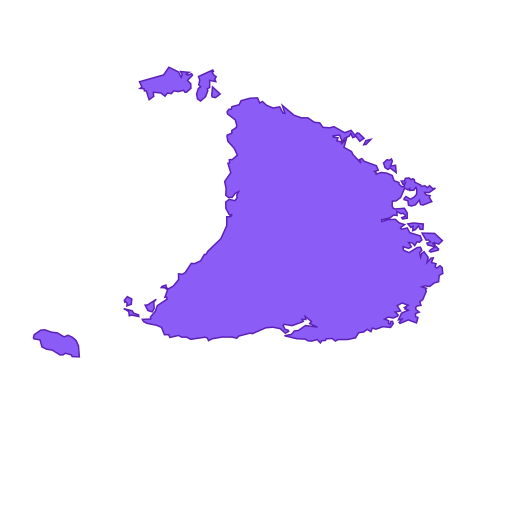 the State of Tasmania, rotated 290°
{"feature_id": "AUS-2660", "entity_name": "Tasmania", "entity_type": "State", "adm_level": 1, "iso_a3": "AUS", "parent_name": "Australia", "parent_adm1": "", "projection": "equal_earth", "projection_center": [146.795, -41.606], "detail": "fine", "context": "isolated", "style": "filled", "palette": "violet", "viewbox_px": 512, "rotation_deg": 290, "n_neighbors": 0, "source": "natural_earth", "source_scale": "10m", "svg_char_len": 6157}
<svg xmlns="http://www.w3.org/2000/svg" viewBox="0 0 512 512"><g transform="rotate(290 256 256)"><path d="M381.1,401.4L374.8,397.0L373.4,392.7L371.6,394.9L372.3,399.0L370.3,398.9L367.2,402.6L361.0,395.5L360.7,393.0L364.3,390.4L358.6,388.3L356.1,384.9L355.9,381.9L359.9,379.8L359.6,375.8L360.6,375.5L363.2,376.5L362.2,381.6L365.3,384.4L368.9,385.8L373.7,384.2L375.2,382.8L371.8,381.8L370.1,377.9L371.9,377.3L370.1,376.2L370.6,372.5L360.4,371.9L355.8,368.9L354.1,365.4L349.9,366.7L347.9,368.3L347.8,370.7L351.6,379.1L348.3,383.3L343.2,385.2L340.9,381.0L341.9,379.8L344.4,382.8L345.5,382.1L346.5,379.2L345.3,377.9L346.0,373.1L342.3,374.7L341.5,371.3L337.7,368.9L333.0,361.6L331.4,362.6L335.4,367.6L338.1,374.5L336.1,379.2L336.3,384.9L332.1,382.1L330.9,383.5L334.1,388.5L330.5,392.5L331.1,403.5L327.8,406.4L324.8,404.9L324.4,402.4L320.0,401.6L321.7,398.5L320.9,394.8L317.8,398.9L315.4,396.9L315.0,391.0L311.9,392.7L311.5,398.7L319.2,404.7L320.5,407.5L318.1,409.9L315.0,408.6L311.2,411.1L315.2,410.8L317.5,412.5L313.5,418.3L308.4,418.9L313.8,421.2L314.9,423.2L309.9,423.1L310.3,427.9L307.1,427.9L306.6,430.2L309.8,432.2L308.8,434.9L303.4,437.5L300.5,434.8L294.2,436.4L291.8,432.8L286.8,429.7L285.6,424.6L283.7,422.4L284.0,427.3L282.6,426.7L281.0,428.1L271.8,427.6L269.2,425.5L266.0,427.9L264.1,424.4L262.4,423.7L260.5,424.4L259.1,428.6L256.5,425.6L253.6,426.7L253.6,429.2L248.0,429.7L248.0,420.9L241.9,414.4L242.5,413.2L246.6,414.7L244.7,411.7L252.1,412.3L257.2,417.7L257.2,414.1L258.6,414.7L258.5,413.2L261.8,415.9L261.8,409.3L257.6,405.6L253.8,410.7L250.9,406.0L249.2,409.8L248.0,409.7L244.6,406.1L243.8,401.1L240.7,398.4L240.6,402.9L238.1,403.5L237.5,405.2L240.7,405.1L241.3,406.6L239.4,408.1L234.9,406.9L233.0,399.5L228.3,393.8L228.0,389.9L224.2,389.9L225.1,385.5L221.5,383.3L219.0,378.7L213.1,377.5L208.9,370.8L205.4,361.5L203.2,359.7L204.5,355.9L202.2,350.3L200.3,350.1L199.0,346.8L196.3,346.2L198.4,342.2L195.0,337.3L194.1,333.8L194.7,330.7L192.2,322.5L190.8,310.0L194.4,316.1L198.7,317.7L200.5,321.3L207.6,326.3L210.2,338.1L210.8,329.5L213.4,330.5L216.0,322.9L213.4,324.6L212.2,320.9L210.8,322.8L209.5,321.6L202.9,313.7L201.4,305.7L199.9,305.3L197.1,308.3L197.2,311.8L196.3,312.5L193.5,310.0L196.0,303.6L194.9,296.3L191.8,289.6L181.8,279.2L181.5,276.8L174.8,267.1L172.1,266.1L171.7,261.5L168.3,252.0L163.3,243.2L160.2,240.3L162.4,238.3L162.3,235.9L155.4,223.2L156.0,218.3L154.3,214.0L154.8,210.4L150.0,202.9L152.2,200.9L150.7,196.9L156.6,191.6L156.9,186.2L155.4,176.6L156.0,172.7L157.6,170.9L160.7,178.6L162.6,177.7L169.6,180.3L175.7,180.3L185.0,187.2L186.9,185.9L186.0,184.5L194.0,184.5L194.9,181.0L193.9,177.7L195.2,178.0L197.9,181.2L195.4,182.9L195.3,185.0L199.6,188.7L207.3,191.3L212.8,189.3L213.5,192.9L216.1,195.1L226.9,197.7L227.9,201.0L232.5,205.6L239.7,206.9L240.4,208.5L244.0,209.1L260.2,217.1L274.5,218.1L282.9,215.1L284.0,218.3L285.6,219.4L286.6,218.9L285.4,217.6L286.0,216.4L290.3,211.5L296.4,209.1L300.0,211.4L300.8,217.3L304.4,218.3L306.5,217.1L310.5,217.6L307.6,214.9L302.9,213.6L301.6,210.0L302.8,206.8L309.3,204.8L315.2,201.1L325.7,203.8L333.5,197.9L334.2,199.4L337.4,198.0L338.5,200.7L344.4,204.0L349.6,198.9L354.2,190.3L358.6,187.8L359.8,187.6L363.1,191.3L365.6,190.3L370.1,193.6L372.2,193.2L376.8,190.0L379.7,180.8L381.5,179.5L384.6,180.4L385.5,182.5L388.1,182.3L392.4,188.4L396.9,188.9L402.2,196.3L405.1,203.4L401.0,207.2L403.4,209.1L401.2,214.4L400.9,221.4L404.3,227.3L399.6,232.4L399.9,234.3L406.5,229.3L401.3,243.5L401.3,251.2L403.6,257.5L401.6,264.9L402.9,270.4L399.8,274.8L401.6,281.2L404.2,285.1L402.2,297.1L406.6,302.4L403.3,307.7L406.3,309.0L406.5,310.7L403.6,317.3L399.3,314.3L402.6,309.1L400.3,306.4L403.6,303.2L400.5,302.6L397.3,299.3L392.9,297.8L398.3,293.2L395.3,287.4L394.2,287.9L395.1,292.7L391.9,292.5L392.4,296.6L390.8,298.1L396.6,300.9L388.2,301.5L386.8,310.1L384.4,312.5L379.3,322.8L382.0,320.3L383.8,322.1L382.0,325.2L382.0,338.2L378.4,341.6L375.9,338.5L375.5,340.3L374.0,340.9L377.3,345.0L378.6,350.4L378.3,356.4L374.0,360.0L373.9,365.2L372.5,365.8L370.9,369.3L371.8,371.3L375.7,371.3L373.4,369.8L376.1,366.9L377.3,369.9L380.1,369.8L381.7,373.1L380.8,375.5L382.2,376.8L382.0,378.5L379.6,380.1L379.0,386.5L377.9,387.6L379.8,390.6L378.8,393.6L381.5,395.1L379.7,399.0L381.1,401.4ZM383.9,126.7L383.1,122.3L379.6,120.9L378.9,117.1L375.0,115.8L376.7,110.9L374.8,103.5L371.0,105.3L366.3,102.1L373.6,96.5L373.0,94.7L374.9,93.4L373.8,89.7L375.8,91.0L379.9,86.9L394.5,107.2L403.6,109.6L402.4,120.4L398.3,124.5L401.3,124.6L403.5,122.0L405.7,130.4L403.0,128.2L402.6,130.2L405.3,133.2L404.0,134.5L397.6,131.5L395.6,135.7L391.4,137.5L386.3,134.8L385.6,133.2L386.9,131.3L383.9,126.7ZM114.4,103.4L117.2,106.4L116.8,111.4L115.1,115.8L110.9,119.9L100.8,124.5L98.6,117.7L99.9,116.2L99.4,110.1L97.0,108.4L96.0,105.7L97.9,96.7L96.8,91.0L97.4,85.9L103.3,81.7L102.2,75.7L103.0,74.8L106.3,74.5L112.7,79.1L114.4,82.7L114.5,90.0L115.8,95.6L114.4,103.4ZM405.0,140.6L416.0,151.7L414.9,152.9L414.1,151.7L411.7,154.2L410.8,157.3L408.2,156.8L406.1,158.6L405.2,152.4L398.6,154.8L396.2,153.0L394.8,154.2L388.4,154.1L382.6,150.8L383.7,147.2L387.9,144.8L393.8,144.5L396.1,146.1L397.2,143.7L402.0,143.0L405.0,140.6ZM334.3,404.2L338.3,416.0L334.2,425.9L329.7,423.7L329.6,420.8L328.3,420.1L329.7,418.9L328.3,417.7L325.0,425.2L323.8,425.2L319.5,418.9L319.8,417.3L321.1,417.6L325.8,421.1L325.1,413.5L326.5,412.2L328.9,415.1L330.0,412.5L329.1,410.4L334.3,404.2ZM391.2,346.1L391.7,348.7L393.5,350.1L391.7,351.7L386.5,351.7L389.0,356.1L382.3,359.2L384.6,351.9L382.4,350.4L383.2,347.0L387.0,344.0L391.2,346.1ZM340.9,392.7L343.3,402.2L338.1,403.8L337.2,401.2L339.9,398.4L335.2,396.7L333.4,394.6L337.7,393.4L335.8,391.8L338.1,387.7L340.9,392.7ZM172.9,170.8L181.2,177.1L177.8,175.7L171.8,178.3L168.0,177.7L167.8,173.1L171.9,168.6L172.9,170.8ZM390.5,160.4L391.7,159.5L400.0,157.3L396.0,166.9L391.0,163.8L390.5,160.4ZM173.1,154.0L168.0,155.3L164.9,151.7L167.4,151.1L168.6,149.0L167.8,148.5L169.4,147.4L173.8,149.0L173.1,154.0ZM161.3,149.7L162.2,158.4L160.5,160.4L160.5,165.8L159.0,166.6L158.0,159.4L156.5,157.3L160.3,155.5L161.3,149.7ZM402.0,319.7L404.8,324.0L398.6,321.3L397.4,319.2L402.0,319.7Z" fill="#8b5cf6" stroke="#5b21b6" stroke-width="1.5"/></g></svg>